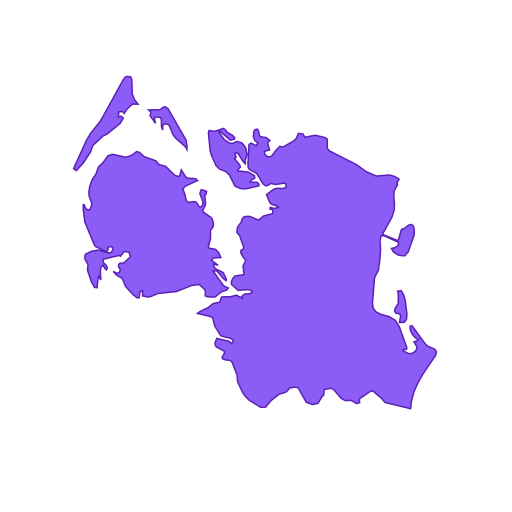 the border of Syddanmark, rotated 193°
{"feature_id": "DNK-3417", "entity_name": "Syddanmark", "entity_type": "Region", "adm_level": 1, "iso_a3": "DNK", "parent_name": "Denmark", "parent_adm1": "", "projection": "albers", "projection_center": [9.703, 55.339], "detail": "fine", "context": "isolated", "style": "filled", "palette": "violet", "viewbox_px": 512, "rotation_deg": 193, "n_neighbors": 0, "source": "natural_earth", "source_scale": "10m", "svg_char_len": 6145}
<svg xmlns="http://www.w3.org/2000/svg" viewBox="0 0 512 512"><g transform="rotate(193 256 256)"><path d="M225.5,387.0L215.3,386.9L212.8,385.9L210.8,377.1L208.4,375.0L178.9,367.7L167.9,363.1L156.8,361.0L144.0,365.0L138.8,364.7L133.9,363.0L135.1,358.9L134.1,357.2L136.1,350.5L135.0,344.4L132.9,338.3L131.7,332.1L132.3,324.3L137.7,305.6L121.4,302.8L120.8,304.8L120.3,314.2L119.4,315.4L118.1,315.7L114.3,320.4L112.1,321.6L110.0,321.1L108.1,318.4L106.6,312.3L108.6,294.3L111.2,289.6L117.0,288.8L122.8,290.7L125.7,293.8L122.3,295.5L119.8,298.6L120.2,301.4L136.0,304.6L138.8,303.5L138.6,298.9L136.1,290.6L134.5,280.2L133.6,269.8L135.6,261.5L131.9,236.1L130.0,231.4L126.6,228.6L121.6,227.3L112.5,226.9L105.9,224.7L100.4,219.3L88.3,200.4L88.4,198.7L91.3,198.2L91.4,196.7L85.6,195.2L82.5,195.9L80.1,198.0L78.4,201.3L78.8,203.6L82.8,208.1L80.7,209.0L78.9,211.3L82.0,212.0L85.7,214.5L88.8,218.2L90.0,222.4L88.2,223.1L72.0,209.0L68.7,206.9L60.7,205.3L58.6,203.1L58.6,199.5L66.7,178.9L69.5,169.6L71.5,159.6L71.9,149.8L71.0,142.0L97.3,142.3L101.5,145.4L111.3,150.6L113.8,150.2L122.6,140.6L123.0,139.5L122.0,136.4L124.9,134.8L130.5,136.7L136.5,135.2L140.9,136.4L150.4,143.4L152.8,144.1L159.4,141.4L158.8,135.7L160.2,133.5L162.4,126.4L167.4,124.0L174.1,124.7L185.4,137.2L190.1,136.7L191.5,135.4L193.3,135.6L194.5,132.6L196.5,129.9L202.5,126.4L208.9,118.4L212.7,110.8L217.8,109.7L230.5,114.1L234.8,116.8L238.2,119.9L245.1,128.6L246.1,130.4L247.6,135.7L255.9,147.7L258.1,148.4L262.9,147.9L265.5,148.4L266.2,149.8L264.9,154.2L265.1,156.0L274.2,158.5L275.7,160.0L276.4,162.0L275.7,166.9L263.1,166.8L259.9,165.2L258.9,168.7L261.8,170.0L271.6,170.2L273.4,171.3L280.5,178.6L284.3,186.0L287.1,186.8L300.2,186.8L297.9,189.5L290.8,195.2L287.0,200.1L280.8,202.9L280.5,207.4L280.0,208.5L271.4,210.7L266.3,213.4L259.8,211.8L260.7,213.4L258.7,216.3L253.6,217.9L251.3,220.1L253.7,221.6L256.3,221.4L265.7,218.5L273.6,222.9L274.2,225.6L273.6,228.9L272.0,231.8L263.5,235.1L266.4,243.4L265.2,248.3L265.4,250.1L268.2,251.9L271.5,255.7L271.9,258.1L270.0,260.0L270.0,261.8L276.6,272.3L279.9,274.6L280.5,278.6L280.0,281.4L278.1,285.3L277.7,289.2L276.9,291.0L275.1,292.2L271.0,293.2L262.9,291.7L261.0,292.2L257.7,296.6L249.4,301.0L249.4,303.1L250.6,304.9L253.0,304.9L253.0,306.6L248.9,306.4L245.3,308.4L246.7,309.4L252.4,309.9L254.3,310.8L259.6,318.2L253.6,325.2L251.0,326.6L244.6,327.9L242.1,329.8L243.3,333.2L245.0,333.3L252.9,330.1L257.6,330.1L260.8,327.1L262.4,326.6L265.4,327.9L273.9,336.6L281.5,338.7L283.4,340.1L284.5,343.6L287.9,363.1L286.3,364.9L280.7,363.6L279.6,366.6L283.0,368.2L285.3,371.4L286.1,376.3L285.5,378.8L283.4,379.9L281.8,378.8L279.8,374.3L278.6,373.2L272.8,373.7L268.4,371.7L269.7,369.8L269.9,368.3L266.6,362.4L271.3,360.0L270.5,357.2L267.2,355.3L263.3,356.5L260.6,362.9L257.5,368.2L254.2,368.2L245.0,376.8L243.1,379.8L242.3,385.0L237.8,385.4L235.0,382.7L225.5,387.0ZM418.9,322.8L404.9,323.0L399.9,326.1L395.7,331.0L392.8,330.7L387.3,327.7L374.9,326.2L371.2,323.3L364.3,323.1L353.3,316.3L349.3,316.0L348.2,317.8L348.2,323.1L342.8,317.7L340.5,316.4L332.4,317.7L329.9,316.4L340.5,308.2L342.4,304.7L339.9,301.3L336.3,294.2L333.7,293.0L328.4,295.2L326.1,294.9L323.0,291.7L321.2,290.9L319.5,293.1L319.9,296.9L324.8,304.3L324.3,308.3L318.7,307.9L318.5,304.9L319.3,304.1L319.1,302.0L317.1,296.6L316.8,294.0L318.0,289.1L317.8,287.2L308.4,283.4L306.8,282.1L304.5,277.4L304.5,274.4L306.1,270.9L304.2,262.6L304.6,254.2L303.2,253.1L297.0,253.4L293.2,250.9L289.9,246.6L297.0,244.5L298.4,241.8L290.9,238.5L295.6,238.5L294.1,235.6L291.6,234.1L284.2,232.5L279.6,226.7L279.6,225.2L283.2,226.9L291.0,232.8L294.5,231.8L280.9,219.7L275.8,218.6L276.9,216.1L281.5,213.5L286.7,206.8L294.1,205.3L296.6,205.8L297.1,209.1L298.3,211.8L305.0,215.4L312.1,212.8L325.7,203.4L343.4,197.3L349.4,192.8L352.8,191.6L357.6,191.6L358.6,196.5L360.5,195.8L361.0,194.0L360.5,189.0L362.4,188.5L366.6,190.4L376.2,196.9L381.3,204.1L387.4,205.9L391.6,208.8L387.2,207.9L385.6,209.2L385.0,212.0L387.6,214.7L387.9,216.2L387.2,218.2L383.2,219.5L378.2,227.0L380.5,231.1L385.4,230.8L388.0,225.3L389.6,225.7L404.1,218.5L403.2,215.2L400.0,213.3L398.2,211.1L398.6,208.9L400.3,209.7L403.0,212.7L404.7,209.9L404.2,206.1L401.8,197.7L404.7,201.0L404.7,196.9L403.7,189.3L406.3,189.1L410.4,193.6L417.0,204.3L417.8,210.0L421.8,214.2L422.8,217.5L422.5,219.5L417.3,223.6L410.9,226.4L401.4,225.7L399.0,226.2L397.4,227.7L396.7,230.8L398.0,232.3L400.2,232.3L402.3,231.1L401.5,229.0L402.4,226.5L414.5,229.2L416.5,231.1L430.5,250.7L435.0,263.2L435.9,267.2L434.9,267.2L433.2,264.7L430.7,263.0L428.4,263.8L427.5,268.1L428.3,271.1L432.1,276.9L433.2,280.5L433.6,285.7L433.3,290.6L432.4,294.7L430.4,299.7L429.5,307.6L426.2,312.3L422.8,320.4L418.9,322.8ZM322.5,344.8L324.5,348.6L330.1,365.3L330.0,367.7L324.1,368.2L316.5,373.0L314.5,372.3L312.2,370.2L305.8,368.2L303.4,366.6L303.4,364.9L307.1,363.0L319.8,369.8L319.8,368.2L313.1,362.3L306.8,360.0L303.9,360.5L300.5,363.3L295.1,363.0L290.4,359.2L287.6,352.8L288.1,344.9L287.2,344.9L287.2,343.4L290.3,345.5L296.8,352.2L299.6,351.5L297.6,347.4L298.9,346.2L292.1,340.8L291.2,338.9L292.9,336.6L292.9,334.9L281.9,336.0L275.5,333.8L274.7,331.6L277.9,328.6L278.6,326.6L271.5,328.1L269.1,326.6L269.1,324.9L281.4,319.0L286.3,318.2L292.1,319.3L300.4,329.2L304.8,331.6L311.0,332.5L315.4,335.2L322.5,344.8ZM439.8,327.0L440.6,320.1L445.1,308.0L450.3,298.7L453.4,300.1L447.3,330.2L444.8,338.2L437.8,352.9L425.0,398.0L423.6,401.0L421.7,402.1L418.4,402.3L416.7,400.0L412.9,385.7L409.5,381.0L405.1,377.4L410.6,376.2L414.5,370.5L416.6,365.2L418.6,366.8L422.2,365.6L421.2,360.4L418.8,361.9L416.3,360.5L418.2,354.6L428.7,341.1L432.0,338.6L439.8,327.0ZM383.8,362.7L390.7,368.8L390.7,372.6L393.5,374.2L382.6,376.9L379.6,380.3L377.9,381.0L374.7,379.6L350.4,353.4L348.1,348.0L347.3,344.2L349.3,346.5L361.2,353.0L364.7,356.1L369.8,363.6L371.8,364.5L375.6,363.9L376.2,361.9L375.2,357.8L377.2,360.7L379.0,368.0L380.5,369.4L385.4,368.9L385.8,366.9L383.8,362.7ZM110.1,253.6L106.7,254.9L103.1,251.0L100.1,245.0L95.9,233.4L95.1,228.1L96.6,224.7L101.3,223.5L101.6,230.8L103.9,232.1L106.7,231.6L108.7,233.6L108.6,236.5L106.7,241.9L108.9,251.5L110.1,253.6Z" fill="#8b5cf6" stroke="#5b21b6" stroke-width="1.5"/></g></svg>